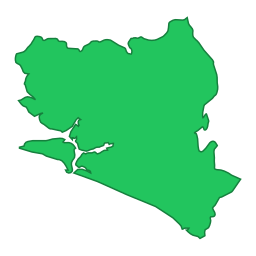 SVG path tracing the border of Southern
{"feature_id": "SLE-760", "entity_name": "Southern", "entity_type": "Province", "adm_level": 1, "iso_a3": "SLE", "parent_name": "Sierra Leone", "parent_adm1": "", "projection": "robinson", "projection_center": [-12.13, 7.714], "detail": "fine", "context": "isolated", "style": "filled", "palette": "green", "viewbox_px": 256, "rotation_deg": 0, "n_neighbors": 0, "source": "natural_earth", "source_scale": "10m", "svg_char_len": 5623}
<svg xmlns="http://www.w3.org/2000/svg" viewBox="0 0 256 256"><path d="M240.6,179.2L232.7,190.7L231.6,191.9L221.6,197.0L219.5,197.5L215.2,205.0L213.0,207.3L212.6,207.9L213.0,209.3L214.7,212.5L215.1,214.3L214.8,215.5L214.2,216.2L213.3,216.6L210.6,216.9L210.2,217.9L210.7,220.7L210.4,222.7L209.6,225.4L208.5,227.7L205.1,229.8L204.6,232.2L204.9,235.7L203.9,236.3L200.0,238.4L198.0,236.5L193.0,235.2L190.5,233.8L188.2,231.9L186.4,230.1L187.5,229.9L188.0,229.6L188.4,229.1L188.9,228.2L185.4,228.1L183.9,228.4L182.9,229.1L182.2,229.1L181.1,226.0L179.4,224.0L172.9,217.8L155.6,206.5L126.9,194.7L97.4,181.5L73.9,173.0L77.7,169.5L82.1,169.3L86.7,170.9L90.7,173.0L90.5,171.8L89.9,170.9L89.0,170.3L87.8,170.1L86.8,169.8L85.9,168.2L84.9,167.3L82.6,166.3L81.3,166.2L79.1,167.5L78.1,166.9L77.1,165.9L76.1,165.3L75.7,164.1L76.7,161.5L78.3,158.9L80.6,156.7L81.9,154.5L83.5,153.0L85.7,153.9L87.1,153.1L88.5,152.9L91.5,152.9L92.2,152.8L93.7,152.2L94.5,152.0L95.4,152.3L96.8,153.6L97.4,153.9L99.8,153.1L101.9,151.7L104.2,150.4L107.5,150.2L107.3,149.8L107.0,148.7L106.7,148.2L109.0,147.5L111.2,147.1L112.9,146.2L113.4,143.4L112.5,143.4L111.8,143.6L110.9,143.7L110.1,143.8L109.2,144.4L108.5,143.1L108.3,142.6L107.1,142.8L105.7,142.9L104.6,143.1L104.1,143.9L103.8,145.1L103.0,145.7L100.8,146.4L99.4,147.1L97.0,147.2L95.8,147.5L93.3,148.9L90.6,149.5L88.0,150.7L86.5,151.1L85.8,151.0L83.3,150.4L82.0,150.2L79.2,149.1L78.3,146.4L77.6,143.5L75.6,141.5L75.6,140.7L76.2,140.0L76.6,139.2L76.6,138.1L76.5,136.8L75.6,137.7L74.7,138.4L73.9,138.4L73.2,137.7L72.3,137.7L72.3,139.6L69.4,136.4L70.9,131.7L75.6,124.4L77.6,125.6L78.3,126.3L79.0,125.3L78.3,123.5L78.2,121.6L78.9,120.1L80.6,119.6L78.2,117.7L76.0,119.9L72.3,126.3L66.2,130.5L62.3,132.2L60.5,130.6L59.6,130.6L51.7,128.9L50.9,128.9L50.1,128.8L48.9,128.2L44.0,124.4L42.2,123.4L40.7,122.2L39.6,119.6L39.2,117.1L39.6,115.4L40.8,114.2L43.0,113.0L40.8,113.4L34.5,116.3L28.8,112.0L27.1,108.4L26.0,106.9L24.1,106.3L22.8,105.6L21.2,104.0L18.6,100.6L21.0,100.0L25.2,97.4L27.5,96.8L29.4,97.1L31.4,97.7L35.5,99.7L33.0,96.8L29.9,94.4L27.2,91.7L25.2,84.9L24.9,84.4L24.4,84.0L24.6,82.9L25.4,81.1L25.7,79.1L26.4,77.2L27.5,75.4L28.8,73.9L24.8,73.3L23.2,71.6L22.2,68.9L20.4,65.4L19.0,64.3L17.3,63.5L15.9,62.4L15.4,60.1L15.4,58.1L15.7,56.3L16.2,54.6L16.5,54.0L16.7,53.8L22.7,52.2L24.1,51.6L25.8,50.1L27.8,47.4L29.2,46.1L31.3,43.7L32.6,41.4L33.4,40.3L34.0,39.2L34.6,37.9L34.9,37.3L35.3,36.8L36.1,36.4L37.3,36.3L39.5,36.6L40.7,37.0L41.5,37.4L41.9,37.9L42.2,38.5L42.5,39.1L42.8,39.8L43.2,40.3L43.9,40.4L44.8,40.3L47.3,38.9L48.4,38.6L55.7,38.5L56.4,38.7L57.0,38.9L57.5,39.3L57.9,39.9L58.1,40.5L58.8,41.1L59.9,41.4L62.1,41.3L64.3,41.6L65.4,42.2L65.9,42.6L66.3,43.1L66.5,43.9L66.5,45.5L66.6,46.3L66.9,47.0L67.2,47.6L67.6,48.1L68.5,48.3L77.8,48.9L78.3,49.2L78.8,49.7L79.1,50.2L79.4,50.9L79.9,51.4L80.5,51.5L81.7,50.8L82.3,50.1L82.7,49.3L83.5,47.3L83.9,46.8L84.3,46.4L84.8,46.0L88.6,44.2L89.7,43.4L90.4,42.7L91.3,41.7L92.1,41.4L93.3,41.1L96.8,41.0L97.7,41.2L98.3,41.5L98.8,41.9L99.6,42.0L100.6,41.8L104.1,40.1L105.0,39.9L106.0,39.7L107.8,39.7L110.3,40.1L111.1,40.5L118.6,45.2L124.6,47.9L125.1,48.3L125.5,48.8L126.2,51.0L126.5,51.6L127.2,52.7L127.6,53.1L128.1,53.5L128.8,53.7L129.5,53.8L130.7,54.1L131.2,54.1L131.6,53.3L131.9,51.8L131.9,51.1L131.8,50.4L131.3,49.0L131.0,48.5L130.5,48.2L130.0,47.9L129.6,47.3L128.5,44.8L128.3,44.1L128.2,43.4L128.4,42.7L128.6,42.1L130.8,38.8L131.2,38.4L131.8,38.5L132.6,38.4L133.7,37.9L135.7,37.8L137.2,38.2L138.0,38.2L138.8,37.9L140.1,37.2L141.0,36.9L141.8,37.2L144.0,38.7L148.6,40.1L151.7,40.4L155.0,40.1L157.2,39.4L162.9,36.6L163.7,36.0L166.6,33.0L167.4,31.8L168.0,30.7L168.5,27.6L168.8,24.2L168.9,23.4L169.2,22.7L169.6,22.2L170.3,21.7L172.9,20.3L174.3,19.9L175.7,19.7L182.7,20.1L184.5,19.7L187.2,17.6L188.5,23.5L189.5,25.4L190.5,26.4L192.3,28.8L192.7,29.8L192.9,30.8L192.7,33.1L192.8,35.3L193.1,36.4L193.5,37.3L196.1,40.0L196.7,40.4L198.8,42.7L204.0,50.3L212.3,59.7L213.1,61.0L213.5,61.9L213.5,62.6L213.4,63.1L213.4,63.8L213.5,64.5L213.7,65.3L216.7,74.6L217.1,77.4L217.2,82.7L217.7,86.4L217.7,88.0L217.6,89.5L216.9,92.4L216.4,93.8L216.1,94.3L215.7,94.9L215.2,95.3L214.3,96.0L212.8,97.9L212.4,98.4L204.5,104.8L204.2,105.4L203.9,106.0L202.7,112.4L202.6,115.9L202.7,117.0L202.9,117.7L203.3,117.6L203.6,117.2L205.4,114.5L205.8,114.1L206.2,113.9L206.5,114.2L208.5,120.2L208.7,121.1L208.5,122.0L208.3,122.6L208.1,123.3L207.6,126.5L207.1,127.9L206.5,129.0L206.0,129.5L205.5,129.9L204.9,130.0L204.3,129.8L204.0,129.3L203.5,128.0L203.2,127.4L202.8,127.0L202.4,126.9L201.9,127.2L198.0,130.4L194.6,132.6L194.6,132.9L195.0,133.2L196.3,133.8L196.9,135.6L197.6,138.8L198.1,146.3L198.6,149.3L199.2,151.0L199.8,151.2L200.3,151.6L201.0,151.8L201.6,151.8L202.2,151.5L202.8,151.2L203.3,150.8L206.0,148.0L209.8,142.8L210.8,142.0L212.0,141.4L212.7,141.3L213.4,141.3L214.0,141.5L214.6,141.8L215.1,142.2L215.5,142.7L217.3,145.5L217.1,145.9L214.3,149.3L214.1,150.3L213.9,151.8L214.4,158.0L214.3,158.9L214.3,161.8L214.6,165.1L214.5,168.2L214.7,168.8L215.2,169.2L216.5,169.6L218.0,169.8L219.6,169.9L221.1,170.1L224.3,171.1L228.5,173.1L231.6,175.2L240.6,179.2L240.6,179.2ZM75.6,148.2L74.2,149.2L74.1,150.8L74.8,154.9L74.5,157.4L73.7,158.8L72.6,160.2L71.5,162.5L71.4,164.7L72.4,169.3L72.3,171.0L70.8,172.6L68.7,173.0L66.7,172.2L65.6,170.1L68.1,170.1L66.4,166.7L64.3,163.3L61.8,160.7L59.3,159.6L57.5,159.5L46.4,156.1L42.4,153.8L32.0,152.0L19.5,148.2L19.5,147.2L24.1,146.0L24.5,144.1L26.0,142.3L27.9,141.5L32.6,140.7L45.9,140.7L48.0,140.3L52.6,139.0L59.9,138.3L62.4,138.5L64.8,139.6L63.0,142.0L64.2,142.7L68.9,142.6L71.1,143.3L72.9,144.5L74.3,146.2L75.6,148.2Z" fill="#22c55e" stroke="#15803d" stroke-width="1.5"/></svg>